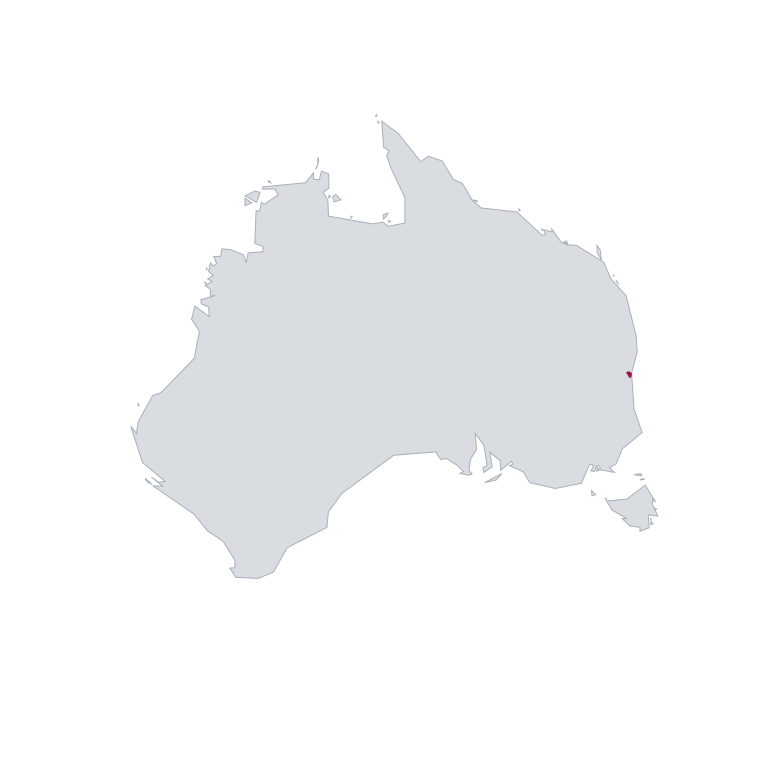 location of Hornsby, New South Wales, Australia, rotated 334°
{"feature_id": "25037944B15233431502175", "entity_name": "Hornsby", "entity_type": "district", "adm_level": 2, "iso_a3": "AUS", "parent_name": "Australia", "parent_adm1": "New South Wales", "projection": "robinson", "projection_center": [151.145, -33.572], "detail": "fine", "context": "in_parent", "style": "filled", "palette": "rose", "viewbox_px": 768, "rotation_deg": 334, "n_neighbors": 0, "source": "geoboundaries", "source_scale": "gbopen_adm2", "svg_char_len": 5765}
<svg xmlns="http://www.w3.org/2000/svg" viewBox="0 0 768 768"><g transform="rotate(334 384 384)"><path d="M506.7,165.2L514.4,200.4L523.6,198.7L534.1,209.1L536.0,230.6L542.3,238.0L544.0,258.0L548.6,268.4L579.0,287.7L591.1,319.3L594.5,320.9L595.1,315.3L601.7,321.0L602.7,318.2L605.5,334.2L609.5,339.0L618.0,344.0L634.8,371.0L634.1,389.1L640.3,410.8L631.7,451.4L625.7,466.1L611.2,482.9L597.8,516.0L594.7,540.8L569.9,546.7L557.8,557.4L550.1,558.3L552.4,564.5L540.2,555.5L541.9,553.5L541.0,551.3L538.8,551.2L534.9,555.0L531.9,552.7L536.7,549.0L533.8,546.2L517.9,559.7L492.2,553.0L471.8,536.6L470.6,523.8L460.8,512.3L464.7,512.7L464.5,509.3L451.2,512.7L454.8,504.1L449.2,491.6L444.9,505.8L435.1,507.3L436.4,502.5L441.0,502.5L446.9,482.9L444.4,468.2L438.4,483.6L428.7,489.5L422.5,498.8L423.7,503.5L419.7,502.9L413.1,497.7L417.1,497.6L413.8,488.5L407.1,478.1L401.9,476.8L400.6,467.7L361.5,452.3L297.7,464.0L277.9,474.6L269.9,487.8L225.1,488.7L202.3,504.6L185.7,503.6L166.1,492.8L164.7,481.9L169.4,483.8L172.7,477.2L170.5,455.2L161.0,438.5L156.2,417.7L131.6,374.2L140.2,378.9L134.2,365.7L138.3,373.4L144.7,375.8L132.5,348.6L137.9,311.0L139.9,319.9L146.5,310.2L171.0,293.0L179.9,294.0L224.9,277.6L241.2,255.7L239.5,241.3L248.2,231.1L256.4,247.0L260.1,238.1L254.9,231.8L256.3,227.9L271.3,230.6L266.5,229.0L269.4,222.7L266.5,217.2L274.5,216.4L271.5,212.3L278.1,211.7L275.7,205.8L281.3,199.0L281.8,203.0L286.4,202.5L286.7,194.9L293.3,197.6L297.5,191.5L304.7,195.7L314.5,206.3L313.1,214.8L319.3,206.6L333.1,212.0L335.7,207.4L329.5,201.0L345.0,172.2L348.2,174.1L353.5,166.9L355.4,169.9L371.8,167.7L371.2,160.7L360.1,155.6L361.9,153.8L401.7,168.7L413.1,163.3L410.4,169.0L415.3,172.1L421.1,165.3L426.4,171.0L420.3,183.9L413.5,185.0L414.0,194.3L407.7,208.8L444.1,235.2L453.9,237.9L457.1,244.2L473.3,248.5L484.5,225.7L484.9,192.3L486.6,179.7L490.7,176.7L487.5,171.0L497.2,146.9L506.7,165.2ZM532.8,586.7L552.0,593.9L574.5,589.4L576.3,609.1L574.7,605.6L572.5,609.8L572.2,622.8L564.1,617.5L559.3,629.4L549.5,628.5L551.4,625.1L542.8,619.5L539.1,609.4L542.9,611.2L533.7,597.2L532.8,586.7ZM341.5,154.0L352.9,154.0L356.5,157.6L349.1,164.8L341.5,154.0ZM431.4,516.8L450.7,516.2L442.6,519.5L431.4,516.8ZM423.7,192.4L426.1,199.6L418.9,198.4L420.0,193.3L423.7,192.4ZM633.7,367.9L633.2,359.7L636.0,352.9L637.2,357.8L633.7,367.9ZM568.9,575.1L575.3,576.8L575.5,579.5L568.9,575.1ZM340.4,156.1L344.6,163.2L337.3,162.8L340.4,156.1ZM525.6,576.3L521.9,575.6L523.8,570.8L525.6,576.3ZM462.6,232.2L459.3,234.4L455.8,235.5L457.4,231.5L462.6,232.2ZM131.4,372.3L128.3,368.4L127.7,364.7L128.2,364.5L131.4,372.3ZM574.2,582.2L576.7,584.0L571.9,582.5L574.2,582.2ZM607.9,335.3L610.6,335.3L610.5,338.9L607.9,335.3ZM544.9,257.7L548.0,259.9L547.4,261.1L544.9,257.7ZM564.0,624.6L564.4,627.8L562.0,626.8L564.0,624.6ZM638.1,392.2L638.3,396.7L638.0,396.6L638.1,392.2ZM370.5,153.7L368.6,151.7L369.8,150.7L370.5,153.7ZM423.5,154.0L420.8,157.6L424.0,151.4L423.5,154.0ZM638.5,386.8L637.2,388.3L638.1,386.7L638.5,386.8ZM428.7,219.7L427.1,220.4L427.9,218.7L428.7,219.7ZM418.1,192.2L416.1,192.6L417.3,190.3L418.1,192.2ZM154.8,293.2L154.3,296.1L153.4,295.9L154.8,293.2ZM493.9,145.2L493.8,147.7L493.0,145.9L493.9,145.2ZM538.9,552.4L539.4,553.8L538.7,553.4L538.9,552.4ZM420.1,158.7L416.4,161.1L420.2,158.0L420.1,158.7ZM275.8,202.2L274.5,204.0L275.3,202.0L275.8,202.2ZM565.3,622.3L564.1,622.9L564.8,621.7L565.3,622.3ZM461.2,240.7L459.1,240.7L460.1,239.2L461.2,240.7ZM268.6,215.2L267.6,216.1L267.4,213.9L268.6,215.2ZM574.3,615.5L572.7,616.4L573.1,614.6L574.3,615.5ZM495.1,138.6L494.9,140.2L493.8,139.4L495.1,138.6ZM538.0,554.4L539.7,555.8L536.9,555.4L538.0,554.4ZM582.6,287.5L581.3,287.6L581.8,285.7L582.6,287.5ZM593.9,315.0L593.2,315.0L593.7,313.5L593.9,315.0ZM533.5,584.3L533.1,585.5L532.6,584.0L533.5,584.3Z" fill="#d9dde1" stroke="#a8b0b8" stroke-width="1"/><path d="M607.4,479.9L607.4,480.0L607.4,480.3L607.2,480.5L607.3,480.6L607.5,480.7L607.5,480.8L607.6,481.0L607.7,481.3L607.7,481.5L607.8,481.6L607.9,481.8L607.9,482.0L607.7,482.2L607.7,482.3L607.7,482.5L607.7,482.8L607.8,482.8L607.7,482.8L607.7,483.0L607.8,483.3L607.9,483.5L607.8,483.8L607.9,484.1L607.9,484.4L607.9,484.5L608.0,484.5L607.9,484.6L607.7,484.8L607.8,484.9L607.8,485.0L608.0,485.2L608.2,485.3L608.2,485.5L608.3,485.5L608.8,485.6L608.8,485.4L608.7,485.4L608.7,485.2L608.8,485.1L608.9,484.9L609.0,484.8L609.0,484.7L609.3,484.4L609.2,484.4L609.3,484.3L609.4,484.2L609.5,484.2L609.4,484.0L609.5,484.0L609.5,483.9L609.6,483.7L609.8,483.5L610.0,483.5L610.0,483.4L610.2,483.2L609.9,483.1L610.1,483.1L610.3,483.1L610.5,483.0L610.6,482.9L610.5,482.7L610.4,482.6L610.4,482.8L610.2,482.8L610.2,482.7L610.3,482.8L610.3,482.7L610.4,482.4L610.1,482.3L610.4,482.3L610.0,482.5L610.0,482.4L609.9,482.3L609.9,482.2L609.8,481.9L609.7,481.9L609.7,482.1L609.7,482.3L609.5,482.2L609.4,482.3L609.5,482.3L609.6,482.5L609.4,482.5L609.5,482.6L609.5,482.8L609.4,482.7L609.4,482.8L609.2,482.8L609.3,482.9L609.2,482.9L609.3,482.9L609.3,483.0L609.3,482.9L609.2,483.0L609.2,482.9L609.2,483.0L609.2,482.9L609.1,483.0L608.9,483.0L609.0,483.0L609.1,482.9L609.2,482.7L609.3,482.7L609.4,482.4L609.3,482.5L609.2,482.5L609.2,482.4L609.3,482.4L609.2,482.3L609.3,482.3L609.3,482.2L609.2,482.0L609.0,481.9L608.9,481.9L609.0,481.8L609.1,482.0L609.2,481.9L609.2,482.0L609.3,482.0L609.5,482.1L609.4,482.0L609.5,481.9L609.4,481.8L609.5,481.8L609.5,481.7L609.4,481.7L609.2,481.6L609.3,481.6L609.4,481.3L609.5,481.3L609.5,481.2L609.4,481.3L609.2,481.3L609.1,481.2L609.1,481.3L608.9,481.4L608.9,481.5L608.7,481.4L608.6,481.1L608.4,481.1L608.4,480.9L608.2,480.8L608.1,480.7L608.0,480.4L607.9,480.3L607.6,480.3L607.5,480.2L607.4,479.9ZM609.8,481.9L609.8,482.0L609.8,481.9L609.7,481.9L609.8,481.9ZM609.4,482.1L609.5,482.1L609.4,482.1L609.4,482.1Z" fill="#f43f5e" stroke="#9f1239" stroke-width="1.5"/></g></svg>